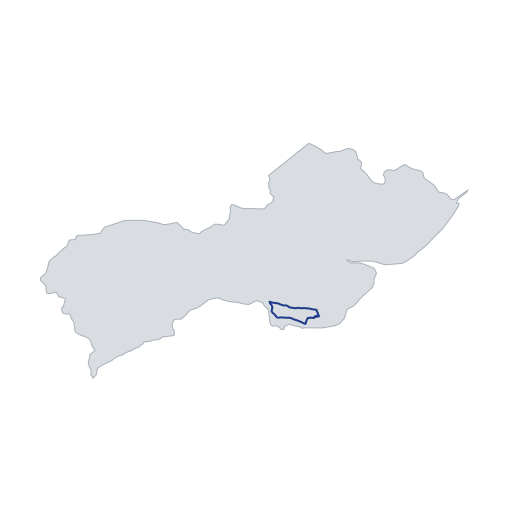 VI-5 Left Bank Upper Canj, East Berbice-Corentyne, Guyana shown in context, rotated 85°
{"feature_id": "73187651B6333666971836", "entity_name": "VI-5 Left Bank Upper Canj", "entity_type": "district", "adm_level": 2, "iso_a3": "GUY", "parent_name": "Guyana", "parent_adm1": "East Berbice-Corentyne", "projection": "equal_earth", "projection_center": [-57.57, 5.44], "detail": "fine", "context": "in_parent", "style": "outline", "palette": "blue", "viewbox_px": 512, "rotation_deg": 85, "n_neighbors": 0, "source": "geoboundaries", "source_scale": "gbopen_adm2", "svg_char_len": 6092}
<svg xmlns="http://www.w3.org/2000/svg" viewBox="0 0 512 512"><g transform="rotate(85 256 256)"><path d="M176.8,236.4L167.6,222.5L158.3,208.6L149.1,194.8L148.5,193.0L152.4,186.4L155.8,181.7L158.7,179.1L160.0,176.7L159.0,166.6L159.1,163.0L157.8,159.1L156.8,154.7L158.0,151.0L159.4,148.4L161.2,147.4L165.4,146.5L168.5,146.2L169.5,144.7L171.3,143.0L173.6,142.9L178.1,144.1L180.1,141.9L183.9,138.8L192.2,133.6L194.1,130.3L195.4,125.0L195.3,122.5L194.4,121.6L192.4,120.7L189.2,120.6L186.7,122.0L184.0,121.2L181.8,118.0L181.7,115.3L183.0,111.5L182.3,109.0L178.1,101.1L178.2,98.9L181.2,95.3L182.9,92.3L185.3,85.0L187.2,82.6L193.0,81.7L194.5,80.2L197.4,76.3L201.8,71.9L208.2,68.4L210.1,62.0L211.2,60.3L216.3,56.9L217.1,55.1L217.0,53.6L208.9,39.3L210.5,40.2L216.8,49.6L220.3,51.6L221.0,51.6L221.1,49.2L224.3,50.2L232.5,56.6L244.6,67.2L261.5,87.1L266.3,94.7L269.6,98.3L274.6,107.0L276.1,111.2L276.0,128.2L271.5,139.6L270.4,148.3L270.1,159.7L267.5,166.3L271.0,162.7L272.1,152.4L275.0,146.1L278.8,139.2L283.9,137.5L289.4,140.5L293.8,141.0L297.7,143.0L306.0,154.1L314.1,162.8L317.1,169.8L325.7,173.3L330.8,178.8L332.4,183.6L333.4,196.1L331.7,215.0L332.2,216.0L329.9,219.7L329.5,222.1L328.0,226.3L326.8,228.5L328.5,233.8L330.4,234.0L331.2,234.7L331.7,235.7L331.6,236.8L330.8,237.8L328.9,239.1L327.2,242.1L327.4,245.4L326.2,247.1L322.7,248.1L315.7,248.1L312.3,248.3L309.6,248.9L307.8,251.0L305.5,252.5L303.7,252.9L302.1,255.4L300.6,258.9L301.1,261.4L302.7,264.6L303.7,267.9L302.4,273.3L301.0,277.4L300.2,280.6L299.1,286.7L296.5,293.4L294.5,297.2L294.5,301.4L295.5,307.2L301.0,315.8L302.8,319.9L304.3,326.5L309.2,331.7L312.3,335.9L312.0,341.4L312.4,343.1L314.3,344.5L316.7,345.6L319.3,345.5L321.6,345.0L322.1,344.2L327.5,344.1L328.1,345.5L328.4,353.5L328.6,356.7L329.9,358.0L330.6,360.0L330.7,361.8L330.9,366.2L331.7,368.6L331.6,373.3L332.1,375.1L333.6,376.3L335.5,379.7L336.2,380.1L336.5,381.3L338.1,386.2L338.9,387.6L339.5,387.8L339.7,389.5L340.9,394.1L341.7,395.2L343.2,398.5L343.8,402.2L345.8,406.3L347.8,409.1L348.7,412.1L351.3,418.7L353.8,423.4L357.1,424.6L360.0,425.2L361.7,427.0L363.5,428.9L361.6,429.8L359.9,431.0L357.6,430.1L354.4,430.6L351.0,431.9L347.9,432.5L342.1,430.5L340.3,430.2L339.1,429.3L336.7,425.2L335.6,424.7L332.5,426.6L328.7,427.9L326.9,427.7L324.7,429.1L322.7,430.9L318.8,438.9L316.8,441.7L314.7,443.0L310.4,443.0L305.9,443.3L302.5,445.2L299.3,446.2L297.7,446.3L297.1,450.7L296.4,452.7L295.4,453.9L292.9,454.2L290.7,454.1L289.3,452.2L286.8,451.3L284.6,450.7L283.1,449.6L282.0,449.9L281.0,451.7L280.2,453.3L279.5,456.2L276.2,457.1L274.7,458.7L275.5,464.1L275.2,466.2L274.4,467.8L270.4,468.1L266.9,468.0L264.9,470.0L262.4,472.3L260.8,472.7L259.1,472.6L256.7,469.9L254.4,466.6L248.6,464.3L242.9,462.4L239.1,457.2L238.2,454.6L236.5,453.5L232.0,447.2L229.5,443.3L226.9,442.2L223.8,440.5L223.9,437.6L223.7,434.8L222.4,433.7L220.5,433.0L219.9,431.4L220.1,427.7L220.4,418.3L219.9,409.3L215.8,406.2L214.0,404.1L210.9,390.7L209.4,384.7L209.4,380.3L210.4,367.0L211.6,361.2L214.8,349.7L216.6,345.8L216.7,342.9L216.5,339.1L215.6,331.7L221.0,327.1L223.3,325.1L223.7,322.0L226.6,318.0L227.9,314.2L228.9,311.3L228.6,309.7L227.4,308.8L225.9,306.0L222.8,297.9L221.7,296.2L220.7,294.0L221.2,290.4L222.4,286.5L222.3,284.9L220.4,282.8L216.6,279.3L213.4,279.0L210.9,277.7L207.3,277.6L204.4,277.2L202.8,275.9L203.1,273.7L203.8,272.1L206.3,268.0L207.9,263.6L208.1,259.4L208.6,253.8L209.4,248.9L209.7,243.4L205.9,239.8L204.7,236.9L203.1,234.2L201.4,234.2L198.8,233.1L194.7,236.6L191.4,235.9L189.2,237.2L184.1,237.0L180.8,235.3L176.8,236.4Z" fill="#d9dde1" stroke="#a8b0b8" stroke-width="1"/><path d="M327.9,212.8L327.6,212.5L327.3,212.4L326.9,212.2L326.5,212.1L326.1,211.9L325.7,211.8L325.4,211.6L325.0,211.4L324.6,211.2L324.2,211.0L323.7,210.8L323.2,210.5L322.8,210.1L322.3,209.8L322.4,209.3L322.5,208.6L322.2,208.1L322.1,207.6L322.0,207.1L322.3,206.7L322.4,206.1L322.4,205.6L322.6,205.0L322.7,204.4L322.8,203.9L322.5,203.3L322.1,203.1L321.7,203.1L321.3,202.7L321.5,202.1L321.8,201.7L321.8,201.1L321.2,201.2L320.9,201.0L320.9,200.5L321.2,200.0L321.4,199.4L321.7,198.8L321.4,198.5L321.0,198.9L320.0,199.0L319.3,199.2L318.8,199.3L318.3,199.5L317.9,199.6L317.5,199.7L317.1,199.9L316.7,200.1L316.3,200.2L315.8,200.3L315.3,200.4L314.9,200.4L314.7,201.0L314.6,202.0L314.4,202.8L314.2,203.4L314.1,204.2L313.8,205.0L313.6,205.6L313.4,206.2L313.2,206.7L313.0,207.4L312.9,208.1L312.8,208.8L312.7,209.4L312.6,209.9L312.4,210.5L312.3,211.0L312.2,211.6L312.2,212.2L312.1,212.9L312.1,213.5L312.0,214.2L311.9,214.9L311.9,215.7L311.9,216.5L311.7,217.1L311.4,217.6L311.3,218.4L311.4,218.8L311.4,219.4L311.4,220.0L311.5,220.5L311.4,221.1L311.4,221.7L311.3,222.3L311.1,223.0L310.9,223.7L310.7,224.4L310.6,225.0L310.4,225.9L310.2,226.8L310.0,227.3L309.7,227.6L309.3,227.9L309.1,228.3L308.7,228.7L308.4,229.1L308.1,229.6L307.9,230.2L307.8,230.7L307.7,231.5L307.7,232.8L307.5,233.2L307.3,234.0L306.9,234.7L306.6,235.4L306.3,236.1L306.0,236.7L305.6,237.2L305.3,237.7L305.1,238.4L304.9,238.9L304.8,239.6L304.6,240.6L304.4,241.3L304.3,242.0L304.2,242.6L304.0,243.1L303.8,243.7L303.6,244.4L303.4,244.9L303.1,245.3L302.9,245.8L302.9,246.3L303.5,246.2L303.9,246.2L304.3,246.2L304.6,246.0L305.1,245.6L305.5,245.3L306.1,244.9L306.6,244.7L307.1,244.5L307.7,244.4L308.1,244.3L308.7,244.2L309.2,244.2L309.5,244.4L309.9,244.6L310.4,244.7L310.9,244.8L311.3,244.9L311.9,245.2L312.4,245.2L312.9,245.0L313.4,244.8L313.9,244.5L314.4,244.1L314.8,243.6L315.7,242.8L316.0,242.5L316.4,242.1L316.9,241.8L317.4,241.7L317.7,241.4L318.0,241.1L318.4,240.9L318.8,240.6L319.2,240.1L319.4,239.5L319.4,239.0L319.4,238.4L319.3,237.7L319.3,237.2L319.4,236.6L319.4,235.9L319.5,235.2L319.6,234.4L319.8,233.7L319.9,233.0L320.0,232.4L320.1,231.6L320.2,230.7L320.2,229.9L320.2,229.2L320.4,228.5L320.6,227.7L320.7,227.0L320.9,226.4L321.3,225.7L321.6,225.1L322.1,224.5L322.3,224.0L322.5,223.6L322.9,222.8L323.1,222.1L323.5,221.1L323.8,220.4L324.1,219.9L324.3,219.4L324.7,218.8L325.0,218.1L325.2,217.5L325.6,216.9L325.9,216.4L326.3,215.8L326.6,215.2L326.9,214.8L327.2,214.1L327.5,213.5L327.8,213.0L327.9,212.8Z" fill="none" stroke="#1e3a8a" stroke-width="2"/></g></svg>